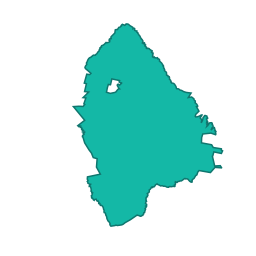 the district of Chegutu, Mashonaland West, Zimbabwe, rotated 54°
{"feature_id": "62879985B20095614329171", "entity_name": "Chegutu", "entity_type": "district", "adm_level": 2, "iso_a3": "ZWE", "parent_name": "Zimbabwe", "parent_adm1": "Mashonaland West", "projection": "albers", "projection_center": [30.348, -18.189], "detail": "fine", "context": "isolated", "style": "filled", "palette": "teal", "viewbox_px": 256, "rotation_deg": 54, "n_neighbors": 0, "source": "geoboundaries", "source_scale": "gbopen_adm2", "svg_char_len": 5741}
<svg xmlns="http://www.w3.org/2000/svg" viewBox="0 0 256 256"><g transform="rotate(54 128 128)"><path d="M184.9,61.1L184.5,60.4L183.3,60.1L182.6,58.9L181.6,58.9L181.2,59.4L180.8,58.8L178.5,57.9L178.0,59.8L178.4,61.1L178.3,62.1L178.0,61.2L177.2,60.0L177.1,58.7L176.7,58.1L174.9,57.6L174.6,57.9L173.7,57.1L172.9,57.2L171.9,58.7L171.9,59.5L172.9,62.1L173.0,63.3L172.1,62.0L171.5,62.1L171.3,61.3L170.6,60.6L170.0,61.4L169.4,60.8L169.7,60.0L169.0,60.1L168.2,59.5L166.8,59.2L166.7,58.9L166.9,57.8L166.0,57.5L165.5,57.7L164.7,57.2L163.1,58.3L163.0,58.9L163.5,59.7L163.6,61.0L165.5,63.0L166.6,65.1L166.7,65.8L165.9,64.7L164.7,63.6L163.2,63.5L162.7,63.8L162.1,63.4L161.2,60.8L160.9,60.5L160.5,61.3L160.3,63.4L159.5,65.7L158.8,66.7L158.2,66.8L156.8,65.2L156.1,60.7L151.0,60.1L151.5,59.0L150.9,58.6L149.0,58.4L147.0,58.9L146.7,58.4L145.7,57.7L144.3,58.0L143.5,57.8L143.1,57.5L140.3,58.3L138.8,61.3L136.8,56.4L133.5,59.9L131.4,61.5L129.0,62.6L128.1,63.5L126.1,64.1L124.7,65.6L122.6,64.8L119.9,64.6L118.7,64.9L117.2,66.3L116.3,65.9L115.9,66.3L114.9,65.6L114.2,65.5L112.9,65.8L112.0,65.0L110.8,64.5L110.4,64.7L110.1,65.3L109.0,64.9L107.9,65.7L105.8,64.3L104.6,64.3L103.2,64.8L102.7,64.6L102.4,64.1L101.1,63.8L100.6,64.0L99.7,63.3L98.4,63.2L98.4,62.8L95.1,62.6L92.3,63.2L91.7,62.5L90.9,62.3L90.1,62.6L89.7,63.2L89.2,62.9L88.4,62.9L88.3,63.5L87.2,64.7L86.6,65.0L86.5,65.4L85.8,65.1L85.6,65.9L84.9,66.3L84.5,66.1L84.0,65.3L83.3,65.2L82.8,64.1L81.9,63.8L81.9,64.2L80.6,64.5L80.0,63.2L79.7,63.1L79.4,63.7L78.5,63.6L76.9,64.3L76.3,64.2L75.0,65.1L75.0,65.9L74.3,66.3L73.4,65.6L71.4,66.1L71.1,65.6L71.1,65.0L69.9,65.3L69.2,64.7L68.6,64.7L68.4,65.1L68.6,66.0L67.9,65.9L67.6,66.3L66.5,64.8L64.5,64.6L64.0,65.0L63.5,64.7L62.8,64.8L60.5,64.3L59.6,64.5L58.3,64.3L57.4,64.5L56.7,64.0L55.5,64.5L54.7,63.8L53.9,64.7L52.9,65.2L52.3,64.9L51.9,64.3L51.2,64.2L50.7,64.8L50.6,65.6L49.9,65.0L49.2,65.0L46.2,66.3L44.3,66.7L43.1,67.7L43.1,68.2L42.8,68.4L42.7,68.9L43.1,69.6L42.9,70.5L42.0,70.7L41.4,71.4L40.9,71.5L40.8,71.9L41.0,73.1L41.3,73.0L41.6,73.3L41.7,75.1L41.2,76.3L42.1,78.6L42.0,79.0L41.4,79.6L41.1,80.6L43.4,82.8L44.2,88.0L44.6,88.5L45.8,89.0L45.2,89.9L45.2,90.9L45.8,91.6L46.2,91.1L47.0,91.7L47.5,92.3L47.0,94.2L46.4,95.4L45.9,95.5L46.4,98.2L46.3,99.6L45.9,100.9L46.3,101.9L46.8,101.9L46.7,102.4L47.0,102.8L46.7,103.7L47.6,104.1L47.6,104.9L48.8,106.5L48.8,107.7L49.6,109.5L49.6,110.9L49.9,111.6L48.7,113.2L48.7,114.1L48.9,114.5L48.7,115.6L49.0,116.6L48.6,117.6L48.7,119.1L49.2,119.9L49.3,120.5L50.4,122.1L51.0,123.5L52.2,123.8L53.0,126.2L53.8,127.3L54.9,127.5L62.0,125.8L62.3,127.6L60.2,129.7L66.0,137.0L67.7,135.6L73.0,141.7L75.8,138.7L77.0,146.5L78.9,144.4L82.5,149.5L83.5,149.1L84.2,151.6L81.5,155.0L78.6,159.6L96.3,158.5L96.6,167.3L97.9,167.0L97.4,166.2L97.9,166.0L98.6,165.2L98.7,165.4L98.5,166.0L99.0,166.0L99.6,166.2L99.9,165.6L100.5,165.4L100.9,165.4L101.7,166.3L102.0,166.3L101.7,165.9L101.8,165.7L102.6,166.1L102.9,165.9L103.5,166.4L103.3,165.6L104.4,165.5L105.5,166.1L105.9,165.7L106.0,166.2L105.7,166.2L105.4,166.9L106.0,166.9L106.2,167.5L106.5,167.5L106.6,167.1L107.3,167.3L107.4,169.1L107.8,169.7L108.2,169.9L108.3,169.6L114.6,171.8L122.9,172.4L126.7,172.3L131.5,173.5L134.7,171.0L141.1,176.5L149.1,177.5L143.7,189.5L145.4,191.0L147.0,191.2L147.3,192.4L148.3,192.4L149.2,192.9L150.6,192.2L151.6,191.3L151.8,191.7L151.8,193.0L152.5,193.7L153.0,193.0L153.6,192.9L155.5,193.6L157.3,194.7L157.3,195.0L158.1,194.8L159.2,195.4L159.6,194.8L161.2,196.7L161.3,197.6L162.2,197.8L162.9,198.4L163.4,198.5L163.9,197.9L165.6,198.2L166.1,198.1L166.2,197.7L166.6,197.7L166.3,197.0L166.9,195.6L168.6,196.0L169.0,195.8L169.2,195.2L169.6,195.5L170.6,195.2L171.2,195.4L171.9,196.1L172.4,195.8L172.4,195.2L172.8,195.2L173.6,195.7L174.4,195.8L174.6,195.2L176.0,194.6L177.8,194.8L179.6,195.6L180.4,195.6L181.3,196.4L182.4,197.0L183.2,196.4L183.8,196.4L185.5,197.2L186.0,197.1L188.1,197.8L188.9,198.3L191.5,198.8L192.9,198.5L194.7,198.7L195.6,199.5L197.2,199.6L197.5,199.3L199.3,195.8L199.5,194.8L200.6,194.0L202.7,190.0L203.0,188.6L202.9,186.0L203.6,179.9L203.8,171.8L204.4,171.5L205.4,170.5L206.6,170.0L207.1,169.0L207.0,168.2L207.4,167.4L206.8,166.6L206.8,165.9L205.8,165.0L206.1,164.2L204.8,162.8L204.2,161.7L203.1,161.5L203.1,160.8L202.7,160.1L202.5,159.3L201.5,159.6L201.5,158.3L200.7,157.8L199.3,158.2L198.2,156.8L198.2,156.1L197.0,156.0L197.0,155.6L195.8,155.2L195.4,154.4L194.9,154.2L194.8,153.5L195.0,152.7L194.4,152.5L194.1,151.4L193.2,151.0L192.4,151.0L192.4,148.8L191.6,147.8L190.6,147.3L190.6,145.8L189.9,144.2L190.2,144.1L190.5,143.3L189.9,143.2L190.3,142.1L190.9,141.6L190.6,140.0L190.2,139.4L190.2,138.2L190.3,137.3L190.9,137.3L192.9,136.1L194.0,135.7L194.8,134.2L195.9,133.6L196.3,132.9L197.5,131.8L198.8,131.2L199.8,130.0L199.6,129.3L199.9,128.9L199.9,128.4L200.8,127.8L201.8,125.7L202.7,124.8L202.8,124.4L202.4,123.9L201.6,124.1L201.4,124.0L201.4,122.7L200.5,122.0L199.8,121.8L199.4,121.3L200.3,121.0L200.9,120.2L200.5,119.8L200.7,118.9L201.2,118.3L201.3,117.3L202.2,115.8L202.2,111.8L202.4,111.5L202.9,111.5L203.8,110.1L204.7,109.6L207.5,109.4L208.2,108.9L208.8,108.9L209.4,108.1L209.2,107.7L208.1,107.2L208.1,106.7L207.6,106.3L207.6,104.2L206.3,101.2L206.4,99.8L204.7,97.5L204.2,95.5L212.5,87.5L211.0,80.8L215.2,75.8L215.1,75.6L212.7,75.5L209.7,80.2L200.4,76.3L200.4,75.8L197.8,72.6L203.5,67.4L202.1,64.9L200.9,65.5L199.7,64.7L193.9,70.5L190.7,70.2L183.2,77.3L179.0,74.0L176.8,71.0L180.9,63.9L184.9,61.1ZM87.7,106.7L88.1,107.0L88.1,108.4L88.4,109.6L86.7,110.2L86.7,111.1L87.1,111.6L87.9,111.8L88.8,111.8L90.0,112.1L91.2,111.9L90.8,112.5L90.9,113.9L91.7,116.7L91.5,117.7L89.6,122.0L86.4,124.4L83.2,120.9L81.2,118.3L82.7,116.9L82.7,116.7L78.8,112.2L84.7,106.9L85.5,108.1L86.5,107.8L87.7,106.7Z" fill="#14b8a6" stroke="#0f766e" stroke-width="1.5"/></g></svg>